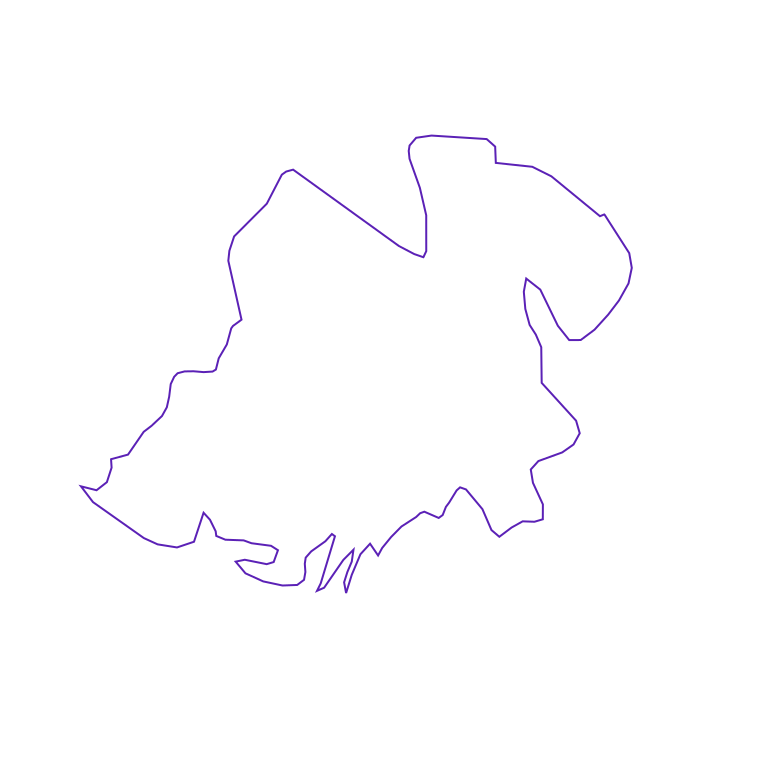 the border of Vestfold, rotated 36°
{"feature_id": "NOR-923", "entity_name": "Vestfold", "entity_type": "County", "adm_level": 1, "iso_a3": "NOR", "parent_name": "Norway", "parent_adm1": "", "projection": "natural_earth1", "projection_center": [10.149, 59.326], "detail": "fine", "context": "isolated", "style": "outline", "palette": "violet", "viewbox_px": 768, "rotation_deg": 36, "n_neighbors": 0, "source": "natural_earth", "source_scale": "10m", "svg_char_len": 1881}
<svg xmlns="http://www.w3.org/2000/svg" viewBox="0 0 768 768"><g transform="rotate(36 384 384)"><path d="M462.5,117.4L463.3,117.5L470.4,120.3L505.5,134.0L516.2,144.4L522.7,158.9L525.0,178.3L524.6,196.1L522.4,216.3L517.3,232.8L508.0,239.6L490.4,234.7L455.0,215.8L437.1,215.1L442.9,227.2L454.2,240.2L467.1,250.6L477.8,254.8L489.6,261.8L510.9,290.4L561.0,300.8L571.3,308.8L572.9,321.5L568.4,334.6L554.2,355.6L553.0,366.9L562.6,376.4L583.3,388.0L592.0,400.1L586.7,407.0L576.9,413.6L571.6,425.1L567.1,439.8L556.8,439.0L537.2,427.4L512.3,421.1L506.3,422.9L505.3,427.4L506.4,441.7L506.3,447.0L508.5,455.5L507.0,460.2L491.7,463.6L489.2,467.3L488.2,472.7L481.9,489.0L479.7,503.6L478.9,517.7L480.0,526.2L466.6,521.4L465.0,535.6L470.1,557.4L476.2,575.4L468.3,567.9L464.9,557.7L462.3,546.6L456.7,536.0L454.5,550.2L455.3,584.0L451.4,590.7L450.0,582.5L433.8,536.0L430.0,536.0L429.0,545.7L423.5,562.2L422.7,570.5L425.6,576.0L430.9,582.3L434.4,589.4L431.9,597.6L420.3,606.7L402.3,614.7L383.2,618.6L368.4,614.9L374.7,608.0L395.0,598.7L399.4,592.9L395.9,580.8L387.7,581.3L370.4,590.7L362.4,593.0L347.2,603.2L337.6,605.5L334.4,602.1L323.0,596.1L313.7,594.2L323.0,623.3L312.6,637.9L295.1,646.8L280.3,649.8L218.0,650.6L199.0,644.9L213.9,638.9L217.5,626.3L212.8,611.8L207.4,605.3L207.5,605.1L218.4,591.6L217.7,563.9L220.5,554.5L223.2,540.4L222.0,530.5L217.7,520.6L211.5,509.4L210.0,501.5L210.7,496.6L215.3,491.0L222.5,485.6L231.1,480.4L238.0,474.7L239.5,471.1L235.2,460.4L233.6,444.4L227.7,428.8L227.7,425.8L230.9,415.7L185.6,375.8L180.6,367.1L176.0,352.7L183.2,307.0L178.3,274.7L180.0,269.6L184.5,264.0L315.0,263.6L332.1,261.1L341.3,258.3L341.3,257.5L341.1,257.0L340.1,251.7L319.0,222.7L297.7,204.2L272.3,186.8L267.0,180.9L264.5,176.0L265.3,165.9L276.4,155.1L323.1,125.5L334.4,126.6L344.5,139.4L376.3,121.1L397.3,117.6L460.1,121.3L462.5,117.4Z" fill="none" stroke="#5b21b6" stroke-width="2"/></g></svg>